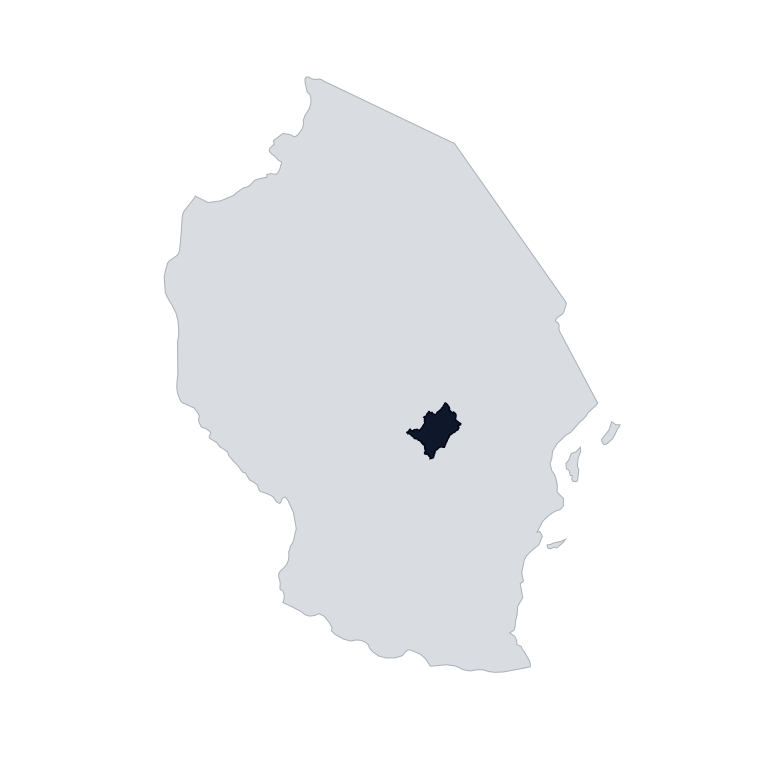 Mpwapwa, Dodoma, United Republic of Tanzania (highlighted), rotated 26°
{"feature_id": "72390352B74757309381442", "entity_name": "Mpwapwa", "entity_type": "district", "adm_level": 2, "iso_a3": "TZA", "parent_name": "United Republic of Tanzania", "parent_adm1": "Dodoma", "projection": "albers", "projection_center": [36.387, -6.763], "detail": "fine", "context": "in_parent", "style": "filled", "palette": "ink", "viewbox_px": 768, "rotation_deg": 26, "n_neighbors": 0, "source": "geoboundaries", "source_scale": "gbopen_adm2", "svg_char_len": 8719}
<svg xmlns="http://www.w3.org/2000/svg" viewBox="0 0 768 768"><g transform="rotate(26 384 384)"><path d="M295.7,525.2L288.2,521.3L281.4,518.9L275.8,516.3L273.3,513.7L268.1,512.8L263.6,512.4L259.5,510.0L250.9,509.2L249.9,507.6L249.8,504.1L248.3,503.1L245.2,502.3L241.8,502.3L239.8,502.9L238.6,502.6L235.8,500.5L233.1,497.9L232.1,493.7L228.2,490.9L223.7,488.8L211.1,489.2L209.2,488.6L206.2,486.4L202.6,482.9L199.8,478.9L197.2,473.4L194.6,465.9L179.9,436.4L178.3,430.7L175.4,424.5L170.7,416.9L165.8,411.3L159.1,406.2L151.5,401.2L147.4,397.8L139.4,383.9L137.8,377.4L136.5,370.6L136.9,367.8L141.7,359.0L142.1,356.5L141.5,353.2L139.0,346.3L135.8,337.9L129.5,322.6L128.5,318.7L128.6,315.8L132.0,300.1L131.9,297.9L146.4,298.0L156.9,291.0L166.0,280.6L167.8,276.3L171.4,269.7L175.1,266.4L176.5,264.1L178.5,257.5L183.3,253.0L188.0,249.6L187.0,247.2L187.7,246.3L190.2,244.5L195.2,242.8L196.2,239.4L196.1,235.5L195.3,233.4L195.4,230.9L194.6,229.5L191.3,229.2L186.4,227.3L182.3,226.5L179.5,225.4L178.5,224.6L178.0,222.3L180.2,216.3L177.9,213.9L182.9,203.9L183.8,202.7L185.6,202.5L188.6,201.4L191.2,200.9L193.4,201.2L195.1,200.8L196.5,199.7L197.7,196.3L198.6,190.7L198.0,186.1L195.9,182.6L195.2,177.2L196.1,170.0L195.3,164.0L193.0,159.2L190.5,156.4L186.9,155.1L181.0,147.8L179.2,144.3L179.5,142.1L181.5,141.1L185.2,141.4L188.6,140.5L191.8,138.5L194.9,137.8L196.5,138.2L342.1,137.0L512.0,230.9L512.7,232.0L514.0,240.1L513.7,242.9L511.1,247.5L510.3,250.0L510.3,251.7L510.9,252.4L513.1,252.6L515.0,253.7L515.7,254.6L517.2,258.1L519.0,259.9L583.0,306.5L584.5,307.2L583.6,311.0L579.9,320.4L579.6,324.4L578.2,329.0L576.8,332.0L573.1,345.3L570.0,350.2L565.7,361.8L565.0,370.7L567.3,376.9L568.1,382.8L573.0,388.5L576.9,390.6L579.6,393.2L584.3,399.2L586.9,405.2L595.4,408.2L598.7,415.0L597.5,419.6L593.5,423.4L589.8,429.6L586.8,437.7L586.6,450.2L588.6,448.3L593.1,451.4L593.6,460.6L588.9,471.2L587.5,476.2L587.2,480.5L590.5,493.3L595.6,499.9L595.2,501.9L593.8,503.6L602.4,515.2L601.6,525.2L604.8,533.0L606.2,539.8L608.3,545.0L608.7,548.5L606.0,552.5L612.3,553.5L616.0,556.8L617.7,559.9L622.3,559.8L624.7,561.9L628.3,563.7L636.1,569.0L638.2,571.6L639.5,574.1L617.7,590.4L609.9,594.6L604.3,596.5L598.3,597.5L592.7,600.1L587.3,604.1L580.4,606.1L572.1,606.1L563.3,608.9L549.5,617.3L541.5,612.6L535.2,611.0L528.0,611.2L523.6,611.7L522.0,612.7L520.6,615.6L519.4,620.3L514.6,624.9L506.3,629.2L498.6,630.8L491.6,629.7L486.9,627.9L484.4,625.3L480.8,624.2L475.9,624.4L471.3,626.2L466.9,629.6L459.8,631.0L450.2,630.6L445.0,628.9L444.3,626.1L440.0,622.8L432.3,619.0L426.5,618.9L422.9,622.6L419.5,624.9L416.5,625.8L413.8,625.9L409.9,625.0L399.2,624.6L389.0,624.8L388.0,619.5L385.9,616.3L384.0,614.4L380.5,613.9L379.6,612.4L378.4,609.2L376.6,606.4L374.3,604.1L373.0,601.9L372.5,599.9L372.8,597.7L374.9,592.3L375.6,588.6L375.4,584.8L374.2,580.9L371.8,576.3L372.0,575.0L371.2,571.8L371.1,569.6L371.6,566.8L371.1,563.2L369.0,555.5L369.0,553.5L366.8,549.8L360.0,540.9L359.6,539.8L349.0,530.9L344.8,528.9L343.2,530.6L342.7,532.2L343.1,535.0L342.9,536.4L342.4,537.1L339.9,537.0L338.3,536.7L334.3,534.3L331.2,533.7L323.4,534.2L320.7,534.8L318.6,534.3L314.4,530.2L309.6,529.4L305.3,529.2L298.1,524.6L295.7,525.2ZM596.7,375.7L600.2,385.6L599.7,387.4L597.2,388.5L595.9,388.6L594.4,387.0L593.3,383.7L591.4,384.5L588.2,380.5L585.1,380.3L582.3,375.5L583.4,371.4L582.8,364.4L586.3,360.8L588.2,354.7L590.4,358.9L590.9,365.4L593.8,373.0L596.7,375.7ZM614.1,317.2L614.3,319.6L613.6,321.7L613.7,328.7L613.4,333.4L610.7,339.8L608.6,342.0L606.6,341.4L605.1,340.3L603.9,338.5L606.4,326.8L605.2,318.1L610.2,319.0L614.1,317.2ZM606.0,459.1L603.5,459.7L602.6,459.1L601.1,457.1L603.7,455.5L606.3,452.3L612.3,447.7L615.1,444.0L614.6,447.6L611.2,455.6L608.3,456.1L606.0,459.1Z" fill="#d9dde1" stroke="#a8b0b8" stroke-width="1"/><path d="M427.2,413.3L426.9,413.9L426.9,414.1L427.0,414.5L426.9,415.7L426.3,416.6L426.0,417.2L425.8,417.4L425.9,417.5L426.0,417.7L426.3,417.6L426.7,417.4L426.7,417.5L426.9,417.6L427.0,417.6L427.1,417.8L427.2,417.6L427.5,417.7L427.7,417.4L427.8,417.5L427.7,417.7L427.7,417.8L427.9,417.7L428.0,417.8L428.2,417.7L428.6,417.7L428.8,417.5L429.2,417.3L429.5,417.5L430.0,417.4L430.2,417.7L430.6,417.7L431.3,418.4L431.6,418.4L432.0,418.2L432.7,418.6L434.2,418.8L434.3,418.9L434.6,419.2L434.9,419.4L434.9,419.5L435.2,419.6L435.6,419.6L436.6,419.2L437.6,418.9L438.4,418.8L439.2,419.1L439.5,419.5L439.8,419.3L439.9,419.2L440.5,419.1L440.8,419.3L441.1,419.3L441.3,419.2L441.6,419.3L442.4,419.5L442.7,419.5L442.8,419.6L442.8,419.8L443.0,420.1L443.4,420.3L443.8,420.5L444.0,420.5L444.4,420.2L444.9,420.1L445.0,420.4L445.2,420.6L445.2,420.9L445.3,421.1L445.9,421.3L446.7,421.2L447.3,421.4L447.5,421.4L447.6,421.5L448.0,422.2L448.0,422.6L448.2,422.9L448.3,423.1L448.6,423.3L448.7,423.5L448.9,424.1L449.2,424.2L449.3,424.5L449.8,424.5L450.0,424.7L449.9,424.9L449.9,425.0L450.3,425.3L450.3,425.6L450.5,425.7L450.9,426.5L450.9,427.0L450.5,427.3L450.8,427.6L450.8,427.8L450.7,427.9L450.6,428.0L450.7,428.3L450.9,428.5L451.1,428.6L451.3,428.9L451.6,428.9L451.8,428.6L452.2,428.7L452.4,428.6L452.8,428.6L453.4,428.2L453.7,428.2L454.2,427.8L454.3,427.9L454.4,428.2L454.9,428.5L455.5,428.6L455.9,429.0L456.0,429.1L456.8,429.1L457.0,429.4L457.6,429.5L457.9,429.9L458.1,430.1L458.2,430.6L458.2,430.8L458.9,430.3L459.6,429.8L460.0,429.3L460.1,429.1L460.4,428.9L460.6,428.7L460.6,428.3L460.4,428.1L460.4,427.5L460.4,426.5L460.2,426.1L459.9,425.9L459.9,425.7L459.8,425.4L459.8,425.2L459.8,424.9L459.8,424.6L459.7,424.6L459.6,424.4L459.5,424.2L459.4,423.9L459.5,423.9L459.4,423.8L459.5,423.7L459.4,423.7L459.5,423.3L459.4,423.1L459.3,422.8L459.3,422.6L459.3,422.4L459.2,422.2L459.4,421.9L459.4,421.7L459.5,421.5L459.6,421.4L459.6,421.2L459.5,421.3L459.5,421.2L459.7,420.6L459.9,420.5L460.1,420.0L460.2,419.9L460.2,419.7L460.4,419.6L460.5,419.4L460.7,419.2L460.6,418.9L460.7,418.5L460.8,418.3L460.9,418.0L461.0,417.9L461.1,417.7L461.1,417.4L461.6,416.7L461.7,416.4L462.0,416.2L462.0,415.9L463.4,415.2L464.4,415.0L465.2,414.8L465.8,414.5L465.7,414.4L465.7,414.2L465.7,413.6L465.9,413.3L466.0,413.0L465.8,412.7L465.7,412.6L465.7,412.4L465.6,411.9L465.7,411.4L465.7,411.2L465.8,411.0L465.7,410.8L465.7,410.7L465.5,410.4L465.5,410.1L465.4,410.1L465.3,409.8L465.4,409.7L465.3,409.4L465.5,409.2L465.4,409.1L465.5,409.0L465.6,408.8L465.6,408.4L465.7,408.1L465.5,407.7L465.6,407.4L465.6,407.1L465.5,406.8L465.5,406.7L465.4,406.7L465.3,406.4L465.5,406.0L465.6,405.6L465.3,404.2L465.5,403.8L465.4,403.8L465.5,403.8L465.5,403.6L465.6,403.4L465.6,403.2L465.6,402.9L465.7,402.6L465.6,402.4L465.3,402.3L465.4,402.1L465.2,401.9L465.1,401.3L465.5,401.2L465.5,400.9L465.6,400.7L465.9,400.5L466.0,400.3L466.2,400.2L466.5,399.8L466.7,399.3L466.9,399.1L466.9,398.6L466.8,398.3L466.9,398.1L468.3,396.7L468.7,396.1L469.0,395.5L469.1,395.1L469.1,394.9L469.1,394.7L469.5,393.6L469.8,393.4L470.3,393.2L470.5,392.9L470.4,392.6L470.5,391.9L470.5,391.2L470.4,390.9L470.3,390.2L469.9,390.2L469.4,390.2L469.2,389.9L469.3,389.2L469.4,388.4L470.5,387.2L470.3,387.1L470.4,386.9L470.4,386.6L470.5,386.3L470.4,386.0L469.9,385.9L469.1,385.9L468.9,385.9L468.1,385.9L467.6,385.7L467.2,385.5L466.9,385.5L466.6,385.4L465.7,385.2L465.2,385.3L464.8,385.2L464.5,385.0L464.1,384.6L463.4,383.6L463.2,383.1L463.0,382.0L462.8,381.4L462.3,380.4L462.1,380.3L462.0,380.0L461.8,380.0L461.5,379.6L461.3,379.5L461.1,379.2L460.6,379.2L459.9,379.1L459.3,378.9L459.0,378.7L458.9,378.7L458.9,379.0L458.9,379.4L458.9,379.5L458.4,379.7L457.5,379.7L457.1,379.8L456.8,379.8L456.2,379.4L455.9,379.1L455.0,379.2L454.3,379.1L453.8,379.1L453.8,378.5L453.9,378.0L453.8,377.5L453.6,377.2L453.2,376.9L452.6,376.1L451.3,375.7L450.6,375.0L450.2,374.7L449.9,374.7L449.6,374.6L448.6,374.3L447.9,374.2L447.6,374.1L447.4,374.4L447.0,374.7L447.3,375.3L447.3,375.7L447.0,376.9L446.9,378.1L447.4,379.1L446.5,380.0L446.5,380.7L446.2,382.3L445.7,383.1L445.1,384.8L444.7,385.2L444.2,386.0L444.2,386.3L444.3,386.7L444.3,387.1L444.3,388.3L444.2,388.5L443.3,388.9L442.8,389.2L442.7,389.3L441.2,389.4L439.9,388.7L439.5,388.5L438.0,390.2L437.6,390.1L437.5,389.9L437.2,389.6L436.9,388.9L436.4,389.0L436.3,389.5L436.4,389.8L436.3,390.5L436.1,390.9L435.8,391.9L435.7,392.3L435.9,392.8L435.9,393.0L435.9,394.4L435.7,394.7L435.3,395.0L434.7,395.6L434.5,395.9L434.4,396.4L434.4,396.6L434.8,396.6L435.5,396.7L435.7,397.1L436.1,398.4L436.5,399.2L436.7,399.9L437.3,400.2L437.6,400.5L437.8,401.8L437.5,403.0L437.6,403.4L437.3,404.2L437.3,406.5L436.8,408.3L436.7,408.6L436.3,409.7L436.2,410.1L436.0,410.5L435.8,410.6L434.7,410.3L434.2,410.2L433.9,410.2L433.1,410.6L432.7,410.9L432.4,411.2L432.0,411.5L431.2,411.8L431.0,412.3L430.8,413.5L430.4,413.6L429.9,413.7L429.4,413.6L428.1,413.8L427.4,413.6L427.3,413.4L427.2,413.3Z" fill="#0f172a" stroke="#020617" stroke-width="1.5"/></g></svg>